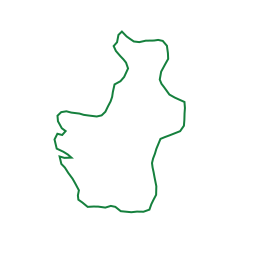 Koroveia, Cyprus, rotated 46°
{"feature_id": "46923920B36797029965158", "entity_name": "Koroveia", "entity_type": "district", "adm_level": 2, "iso_a3": "CYP", "parent_name": "Cyprus", "parent_adm1": "", "projection": "natural_earth1", "projection_center": [34.274, 35.508], "detail": "fine", "context": "isolated", "style": "outline", "palette": "green", "viewbox_px": 256, "rotation_deg": 46, "n_neighbors": 0, "source": "geoboundaries", "source_scale": "gbopen_adm2", "svg_char_len": 1265}
<svg xmlns="http://www.w3.org/2000/svg" viewBox="0 0 256 256"><g transform="rotate(46 128 128)"><path d="M87.3,107.4L91.6,113.9L94.6,117.8L96.8,122.1L98.5,127.3L100.6,133.0L100.6,138.2L98.0,142.5L91.6,147.7L87.8,150.7L83.9,152.9L77.5,158.1L73.2,160.7L70.2,165.0L70.2,170.2L74.5,173.7L82.2,175.8L86.9,175.0L87.3,180.2L83.1,182.8L85.2,188.8L93.3,193.6L100.2,191.0L105.3,189.7L110.0,189.3L105.3,194.5L101.0,197.0L107.5,200.9L112.6,200.9L119.0,202.2L125.9,203.1L131.0,204.4L138.7,206.6L141.7,210.9L145.1,213.5L149.8,212.6L156.7,211.8L160.5,207.4L163.9,204.0L169.5,199.6L172.1,194.5L175.9,191.9L182.8,191.0L190.9,184.1L194.3,179.7L199.0,175.0L201.6,169.3L199.0,164.1L197.3,159.4L195.6,154.2L189.6,148.1L181.5,142.9L177.6,140.3L173.4,137.7L169.9,135.1L167.4,131.2L165.2,126.5L162.7,122.1L158.4,112.2L160.1,107.9L162.2,103.1L166.5,92.7L165.2,86.2L161.4,81.9L156.7,77.1L153.2,73.2L148.5,69.3L143.0,71.5L138.7,73.2L132.7,75.0L123.7,73.7L119.4,73.2L115.2,71.5L110.5,65.0L107.9,56.8L106.2,51.1L101.9,47.3L95.9,42.9L89.5,42.5L85.6,45.1L83.1,48.6L77.5,54.6L74.1,60.2L69.8,63.7L65.5,64.6L61.2,65.4L54.4,65.4L54.4,70.2L58.7,76.3L59.1,81.4L64.2,83.2L71.1,83.6L75.4,83.6L79.6,84.0L85.2,86.6L88.6,95.3L89.1,100.9L87.3,107.4Z" fill="none" stroke="#15803d" stroke-width="2"/></g></svg>